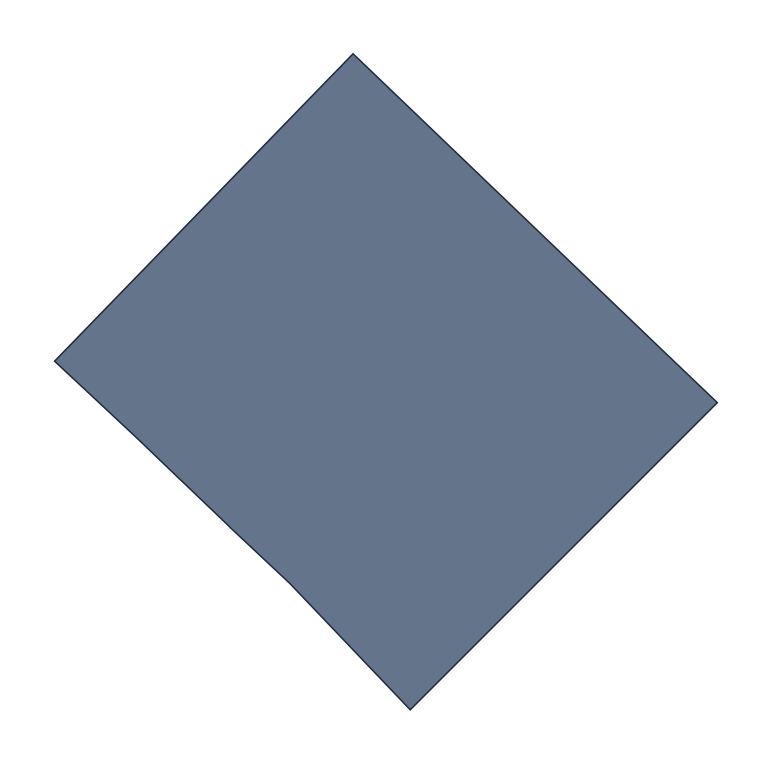 the district of Stokes, North Carolina, United States of America, rotated 223°
{"feature_id": "52423323B34539030227097", "entity_name": "Stokes", "entity_type": "district", "adm_level": 2, "iso_a3": "USA", "parent_name": "United States of America", "parent_adm1": "North Carolina", "projection": "orthographic", "projection_center": [-80.2, 36.404], "detail": "fine", "context": "isolated", "style": "filled", "palette": "slate", "viewbox_px": 768, "rotation_deg": 223, "n_neighbors": 0, "source": "geoboundaries", "source_scale": "gbopen_adm2", "svg_char_len": 411}
<svg xmlns="http://www.w3.org/2000/svg" viewBox="0 0 768 768"><g transform="rotate(223 384 384)"><path d="M631.9,604.4L631.9,604.1L632.2,585.8L632.6,568.9L634.0,498.8L640.5,176.0L609.0,176.0L526.1,175.9L469.0,175.1L466.4,175.1L401.6,174.3L398.1,174.1L317.3,173.9L152.8,164.2L151.6,164.1L142.6,163.6L127.5,597.7L222.1,598.8L225.9,598.9L631.9,604.4Z" fill="#64748b" stroke="#1e293b" stroke-width="1.5"/></g></svg>